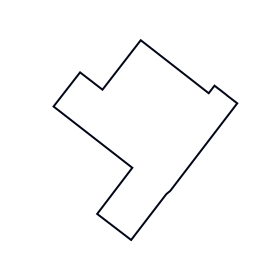 Montgomery, Illinois, United States of America, rotated 218°
{"feature_id": "52423323B61876553243791", "entity_name": "Montgomery", "entity_type": "district", "adm_level": 2, "iso_a3": "USA", "parent_name": "United States of America", "parent_adm1": "Illinois", "projection": "albers", "projection_center": [-89.521, 39.262], "detail": "fine", "context": "isolated", "style": "outline", "palette": "ink", "viewbox_px": 256, "rotation_deg": 218, "n_neighbors": 0, "source": "geoboundaries", "source_scale": "gbopen_adm2", "svg_char_len": 331}
<svg xmlns="http://www.w3.org/2000/svg" viewBox="0 0 256 256"><g transform="rotate(218 128 128)"><path d="M57.1,214.7L68.8,214.6L72.3,214.7L85.9,214.6L85.8,205.1L172.0,205.0L171.7,142.5L200.0,142.3L199.9,99.1L100.1,99.3L99.4,41.3L56.6,41.7L57.1,99.5L56.0,104.5L57.1,214.7Z" fill="none" stroke="#020617" stroke-width="2"/></g></svg>